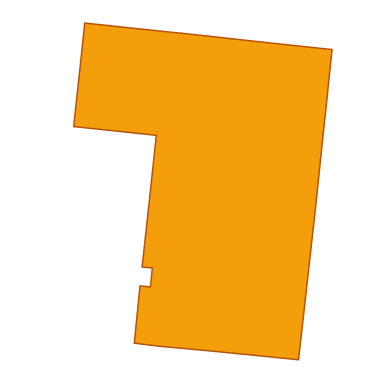 McKinley, New Mexico, United States of America (Equal Earth projection), rotated 96°
{"feature_id": "52423323B62088987492925", "entity_name": "McKinley", "entity_type": "district", "adm_level": 2, "iso_a3": "USA", "parent_name": "United States of America", "parent_adm1": "New Mexico", "projection": "equal_earth", "projection_center": [-108.491, 35.481], "detail": "fine", "context": "isolated", "style": "filled", "palette": "amber", "viewbox_px": 384, "rotation_deg": 96, "n_neighbors": 0, "source": "geoboundaries", "source_scale": "gbopen_adm2", "svg_char_len": 595}
<svg xmlns="http://www.w3.org/2000/svg" viewBox="0 0 384 384"><g transform="rotate(96 192 192)"><path d="M35.7,67.6L35.7,85.8L35.7,94.7L35.7,96.8L35.5,159.5L35.5,160.0L35.4,176.2L35.2,219.8L35.3,224.7L35.3,230.9L35.3,246.9L35.3,264.7L35.2,316.3L70.5,316.3L130.3,316.5L133.2,316.5L139.3,316.5L139.4,236.6L139.4,235.1L139.4,233.4L203.6,233.5L253.5,233.7L271.8,233.8L271.7,223.5L290.8,223.4L290.8,233.9L348.4,233.6L348.8,206.5L348.1,150.4L347.7,68.5L290.6,68.1L256.6,67.9L196.4,67.5L127.7,67.6L79.1,67.5L75.0,67.6L56.7,67.6L35.7,67.6Z" fill="#f59e0b" stroke="#b45309" stroke-width="1.5"/></g></svg>